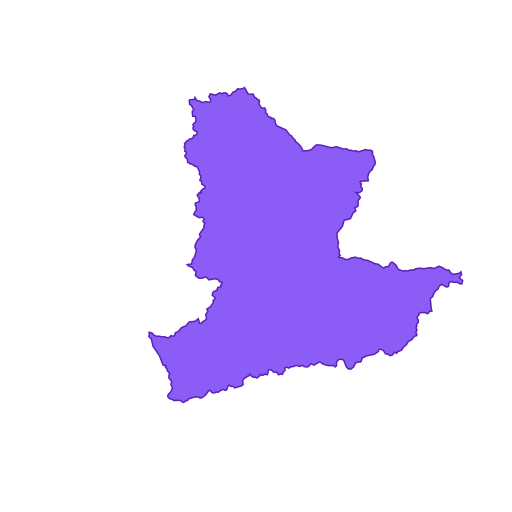 the district of Abancay, Apurímac, Peru, rotated 142°
{"feature_id": "86281439B95631648955536", "entity_name": "Abancay", "entity_type": "district", "adm_level": 2, "iso_a3": "PER", "parent_name": "Peru", "parent_adm1": "Apurímac", "projection": "orthographic", "projection_center": [-72.819, -13.777], "detail": "fine", "context": "isolated", "style": "filled", "palette": "violet", "viewbox_px": 512, "rotation_deg": 142, "n_neighbors": 0, "source": "geoboundaries", "source_scale": "gbopen_adm2", "svg_char_len": 6152}
<svg xmlns="http://www.w3.org/2000/svg" viewBox="0 0 512 512"><g transform="rotate(142 256 256)"><path d="M262.0,119.9L260.2,119.9L257.9,122.8L255.8,123.4L253.7,123.2L252.0,121.7L251.0,119.8L253.0,113.4L252.9,110.5L251.1,108.5L247.7,108.4L243.5,110.3L240.9,109.8L239.4,108.3L238.2,108.2L234.6,110.5L233.4,109.7L230.7,109.4L223.4,105.8L218.5,105.4L217.3,106.4L216.0,106.3L214.9,105.6L213.8,102.9L214.2,99.3L212.5,97.4L211.7,94.9L209.1,94.0L206.2,95.0L205.6,94.4L205.3,92.8L203.1,93.3L199.4,92.2L195.9,93.3L192.0,93.5L188.6,94.9L184.6,94.2L180.6,95.2L178.4,94.3L177.5,95.4L177.5,96.9L174.6,98.7L174.1,101.0L172.9,101.3L171.6,103.2L168.8,103.9L167.8,105.3L166.8,108.4L165.6,109.1L164.0,109.1L163.0,110.4L160.9,109.9L157.8,107.5L156.3,104.9L155.3,104.8L153.6,105.6L151.3,104.3L150.1,107.0L145.1,114.8L144.2,115.3L141.9,115.2L138.1,117.5L134.9,118.1L133.3,117.7L130.2,119.5L127.3,119.5L124.8,114.0L122.7,113.6L121.4,115.4L119.1,116.2L118.1,116.0L117.2,114.4L113.2,110.9L112.5,108.5L110.9,107.3L108.2,109.5L108.9,111.6L108.9,114.0L105.3,114.9L104.3,117.4L106.4,117.2L111.8,120.0L112.9,122.5L112.7,126.4L114.0,127.0L115.3,129.1L116.0,131.6L118.0,135.3L123.3,136.5L125.7,139.5L131.5,142.6L134.6,145.7L138.2,147.8L139.9,147.5L140.7,148.5L142.7,149.3L142.9,150.0L146.4,151.0L147.0,152.3L149.5,153.8L152.2,158.0L151.3,162.3L152.2,166.9L152.8,167.6L154.5,167.7L158.1,166.1L160.3,167.7L162.7,167.9L163.7,169.7L164.6,174.0L167.1,176.9L170.8,184.0L172.0,184.9L174.2,188.2L174.6,189.8L177.0,191.5L178.4,193.9L182.5,196.0L185.4,196.5L187.6,198.2L189.2,201.6L190.1,202.1L191.6,204.2L189.2,204.6L189.5,206.2L187.0,208.6L185.8,213.1L182.7,215.8L181.1,219.9L178.2,224.2L169.7,226.1L165.2,229.5L163.1,229.6L161.9,228.6L158.6,227.3L153.0,230.2L149.6,230.1L148.4,233.2L146.1,232.5L144.7,232.6L141.3,237.0L139.6,237.1L137.7,237.9L137.6,241.5L138.2,244.6L135.4,242.2L132.1,242.2L130.6,243.8L130.6,246.5L128.5,248.0L128.8,249.8L128.4,250.4L127.5,250.4L121.1,246.1L119.5,249.3L116.0,251.9L113.2,252.7L111.4,252.4L107.9,254.6L106.5,254.6L104.4,256.1L101.8,262.4L101.9,264.7L100.3,265.6L99.8,267.3L100.6,268.8L103.1,270.8L104.0,272.3L111.3,275.1L112.5,277.5L114.8,278.8L116.1,281.1L117.7,281.8L118.5,284.5L121.5,286.7L125.3,292.6L129.8,294.7L136.2,303.0L139.5,306.1L141.2,306.5L146.8,305.8L149.9,306.9L154.3,309.9L153.2,314.7L153.8,320.0L154.4,321.4L153.8,323.7L154.3,326.1L154.1,328.8L154.9,331.1L154.8,337.0L159.4,345.6L159.2,348.1L157.4,351.5L157.5,353.8L159.1,354.6L159.0,356.4L160.2,357.3L160.5,358.4L159.8,361.3L160.3,363.0L158.5,364.8L158.0,367.3L160.3,368.9L160.5,371.2L159.8,374.4L158.0,375.7L157.6,377.2L158.5,378.4L158.7,380.8L159.4,381.5L158.6,385.5L161.2,387.2L162.6,388.8L162.0,390.5L162.4,391.3L161.4,393.3L161.7,395.1L161.3,395.8L163.6,396.1L166.3,397.7L167.4,399.1L170.7,398.4L173.1,399.3L177.3,398.2L179.3,399.5L178.8,401.4L179.4,403.2L180.9,404.4L182.5,404.6L184.3,407.0L188.9,407.7L192.1,411.9L195.0,410.6L195.6,406.5L197.9,405.6L200.3,408.4L204.2,410.2L204.9,412.8L206.9,414.6L206.5,418.5L208.4,417.3L211.8,419.8L212.8,419.8L215.0,416.2L214.2,414.6L214.9,409.8L217.4,409.0L219.9,405.1L217.9,403.7L219.2,400.4L221.0,398.9L224.8,398.4L225.3,396.5L226.9,395.8L227.6,394.1L227.1,392.1L226.0,390.6L226.6,389.2L229.3,388.0L230.7,389.4L233.2,387.8L236.7,389.1L237.8,388.8L239.5,389.3L243.1,388.6L243.4,387.4L245.6,386.0L246.1,383.7L247.7,382.4L247.1,381.3L247.8,379.4L249.8,379.2L250.6,378.6L250.9,376.7L250.4,374.9L252.3,371.7L251.6,371.1L251.3,369.1L250.4,368.6L248.9,365.3L249.2,364.4L248.0,363.6L247.5,361.8L248.6,357.1L250.3,355.3L250.2,353.1L250.9,352.0L253.7,350.1L253.0,348.0L254.5,346.2L253.4,343.2L253.6,341.8L254.5,340.8L256.4,341.6L259.6,341.1L260.2,340.7L260.1,339.6L260.9,339.6L261.5,340.8L264.9,340.2L265.3,336.7L267.0,333.7L271.3,335.0L272.1,334.2L273.2,331.0L275.1,328.6L277.3,328.3L279.6,327.0L277.3,321.3L274.5,319.5L273.9,317.7L274.1,316.8L276.3,316.2L276.5,314.4L276.0,313.3L277.9,312.3L279.8,310.3L286.8,308.1L287.6,307.3L287.8,305.2L292.2,304.5L297.0,302.3L299.0,300.0L299.0,298.5L300.1,296.6L305.6,292.7L308.2,292.3L311.7,289.4L315.5,291.6L315.4,290.0L313.1,285.8L313.6,282.7L312.6,281.1L313.6,279.7L315.5,278.4L315.7,277.1L314.6,273.6L312.0,271.7L308.3,270.4L307.7,266.1L302.9,263.7L301.2,262.0L300.3,260.7L300.6,258.1L299.0,256.4L299.0,255.7L301.7,254.8L302.6,253.3L305.1,254.7L306.6,254.2L307.6,252.9L311.2,254.1L312.9,253.6L314.7,251.8L313.8,248.5L314.5,247.7L317.1,247.4L318.2,245.6L323.1,244.1L327.4,244.4L328.1,241.9L331.7,240.8L333.0,238.0L334.3,236.6L339.3,237.1L340.6,236.5L341.6,237.4L341.7,238.2L340.1,242.1L344.2,242.1L349.4,245.2L354.1,244.1L358.8,245.4L364.9,244.2L365.7,245.0L366.8,245.1L369.1,243.6L370.1,243.5L371.3,244.3L371.8,245.6L374.6,245.2L376.3,246.2L377.7,248.7L380.4,250.5L381.3,252.1L384.1,254.3L385.3,257.0L385.2,258.6L385.8,260.2L387.3,261.7L388.1,260.0L389.9,258.8L389.8,256.4L389.3,255.7L392.7,248.3L393.5,236.9L396.4,227.2L394.6,224.9L395.8,224.1L395.6,221.8L396.7,219.9L396.2,218.6L396.7,216.2L397.6,216.0L399.4,214.1L399.9,212.5L399.5,210.3L400.2,208.6L402.3,207.0L402.7,203.9L406.3,201.6L410.0,201.0L411.9,200.0L412.2,199.1L411.9,196.6L410.4,194.9L409.7,192.7L404.5,188.9L404.2,186.9L403.2,185.1L400.8,185.1L399.3,184.4L396.4,184.7L391.1,182.6L388.2,180.5L387.5,178.4L385.2,177.5L383.4,177.5L380.5,177.7L375.8,179.1L375.1,178.4L374.7,175.3L373.5,174.0L371.1,173.2L369.4,171.8L367.2,171.9L364.8,171.3L363.4,170.4L363.1,169.1L362.0,168.6L360.9,168.8L357.9,171.0L356.8,170.9L356.3,169.0L354.4,167.5L353.8,165.0L346.9,162.5L345.3,162.6L343.5,165.7L341.3,166.9L338.2,166.3L337.2,166.7L336.0,166.0L333.6,166.8L333.3,166.3L333.8,165.1L333.0,162.7L332.5,161.7L331.3,161.2L330.4,159.3L327.4,159.2L325.5,160.0L325.0,158.4L323.2,157.5L322.4,157.9L320.2,155.6L318.3,156.6L317.4,158.0L316.0,158.4L314.1,156.8L313.6,153.7L311.1,151.2L311.5,148.9L311.1,148.3L310.0,148.4L308.0,146.4L305.6,147.8L303.3,148.1L302.6,149.6L301.8,150.1L300.1,149.2L298.9,147.2L296.7,147.2L294.5,145.8L292.2,145.2L291.2,144.5L289.5,142.0L286.8,141.4L286.2,139.2L283.9,136.9L281.9,136.6L279.1,137.4L277.4,134.3L271.8,133.6L270.5,132.5L269.7,129.4L266.7,125.3L262.3,121.9L262.0,119.9Z" fill="#8b5cf6" stroke="#5b21b6" stroke-width="1.5"/></g></svg>